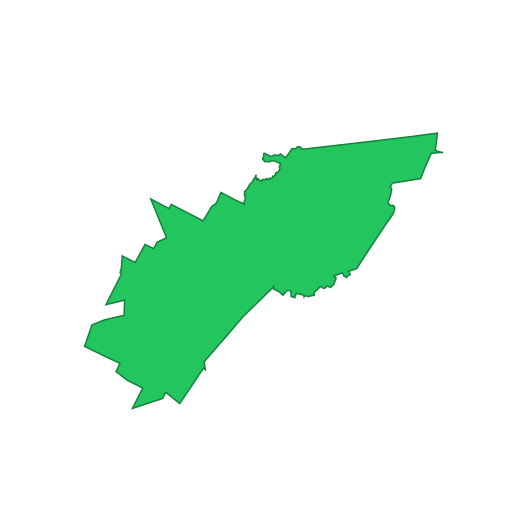 the district of Abasolo, Tamaulipas, Mexico, rotated 207°
{"feature_id": "50627088B78235434296900", "entity_name": "Abasolo", "entity_type": "district", "adm_level": 2, "iso_a3": "MEX", "parent_name": "Mexico", "parent_adm1": "Tamaulipas", "projection": "equal_earth", "projection_center": [-98.244, 24.128], "detail": "fine", "context": "isolated", "style": "filled", "palette": "green", "viewbox_px": 512, "rotation_deg": 207, "n_neighbors": 0, "source": "geoboundaries", "source_scale": "gbopen_adm2", "svg_char_len": 5457}
<svg xmlns="http://www.w3.org/2000/svg" viewBox="0 0 512 512"><g transform="rotate(207 256 256)"><path d="M150.1,447.9L173.1,432.1L180.4,427.2L234.4,391.2L263.2,372.1L263.4,372.2L263.8,372.3L264.5,372.5L265.2,373.0L265.8,373.2L266.6,373.1L266.7,372.9L267.5,372.8L267.8,372.6L268.0,372.5L268.4,372.3L268.7,371.9L268.8,371.6L268.8,371.3L268.8,371.0L268.9,370.7L269.1,370.3L269.5,369.6L270.0,369.2L270.4,369.1L271.1,368.9L271.6,368.4L272.7,368.1L273.1,364.3L274.0,357.9L274.2,356.9L278.5,357.6L280.6,358.1L281.3,356.1L281.6,355.9L285.1,354.7L285.3,354.5L286.9,352.5L287.6,351.7L287.9,351.5L294.5,351.4L294.9,351.5L295.4,351.2L295.5,351.0L295.5,350.9L295.5,350.3L295.4,350.1L295.0,349.3L294.3,348.3L294.2,348.1L294.2,347.9L294.5,346.5L294.5,346.3L294.5,346.0L294.3,345.8L293.9,345.5L293.8,345.2L292.4,344.7L292.0,344.4L291.4,344.0L291.2,344.0L290.8,344.1L290.1,344.8L289.9,344.9L286.8,345.8L286.7,345.9L285.9,347.3L285.7,347.5L283.2,349.0L280.1,349.2L276.5,349.4L276.3,349.5L276.1,349.3L275.9,349.3L275.8,347.1L275.6,347.0L275.6,346.8L275.7,346.3L275.7,346.0L275.7,345.9L275.4,345.5L275.2,345.3L274.7,345.2L274.4,344.9L274.3,344.7L274.2,344.4L274.3,343.3L274.5,342.0L274.4,341.6L274.4,341.3L274.5,340.6L274.4,340.4L274.4,340.2L274.5,340.0L274.6,339.9L274.8,339.9L275.0,339.9L275.3,339.8L275.5,339.9L276.0,339.0L276.1,338.8L276.0,338.6L276.0,338.0L275.9,337.8L275.6,337.8L275.5,337.6L275.3,337.4L275.2,337.2L275.6,336.5L275.7,336.4L275.8,336.4L275.9,336.1L276.0,335.6L276.2,335.4L276.3,335.3L276.5,335.2L276.8,335.0L277.3,334.8L277.4,334.7L277.4,334.4L277.3,334.1L277.0,333.6L277.0,333.4L277.0,333.2L277.1,332.7L277.4,332.4L277.6,332.1L277.7,331.8L278.0,331.6L278.6,331.4L278.7,331.5L278.8,331.6L279.0,331.7L279.4,331.3L279.4,331.2L279.2,330.8L279.2,330.7L279.1,330.4L279.2,330.2L279.4,330.1L279.8,329.9L280.2,329.9L280.8,329.7L281.0,329.4L281.2,329.5L281.3,329.6L281.3,329.8L281.5,329.9L281.7,329.7L281.7,329.4L281.7,329.2L281.8,329.1L282.2,328.8L282.4,328.6L282.5,328.4L282.7,328.2L282.9,328.0L283.2,327.8L283.3,327.7L283.5,327.5L283.5,327.3L283.8,327.4L284.0,327.5L284.4,327.4L284.6,327.3L284.8,327.0L285.1,326.5L285.2,326.4L285.2,325.7L285.3,325.6L285.5,325.4L285.7,325.2L286.0,325.0L286.3,324.9L286.6,325.0L286.8,325.0L287.2,325.0L287.5,325.2L287.8,325.2L288.1,325.3L288.3,325.3L288.7,325.6L289.1,325.6L289.5,325.7L289.7,324.5L289.8,324.6L290.0,324.6L290.3,325.2L290.6,325.5L291.9,326.2L292.1,326.5L292.6,327.8L292.7,327.7L292.8,327.5L292.8,327.3L292.4,325.0L292.4,324.8L292.4,324.6L292.6,324.4L293.0,324.1L293.1,323.9L292.9,321.2L292.9,320.8L293.0,319.9L293.1,319.5L293.9,317.8L294.0,317.4L294.3,311.7L295.4,308.5L295.5,308.3L295.4,308.2L294.4,306.5L294.3,306.3L294.3,306.1L294.4,305.6L294.4,305.3L294.3,305.2L294.2,305.1L293.9,305.0L293.7,305.1L293.4,305.0L293.3,304.9L291.4,301.9L291.4,301.7L291.1,299.8L291.1,299.5L291.2,298.4L291.1,298.1L291.0,297.9L290.7,297.4L290.5,297.1L290.2,296.9L297.7,296.6L302.0,296.5L316.1,296.7L315.8,292.6L315.3,285.3L318.0,279.9L319.1,263.3L355.0,263.5L355.1,258.8L375.6,259.0L347.9,235.0L344.0,231.7L350.4,223.4L350.4,216.1L352.3,216.1L360.1,216.0L360.7,195.4L375.2,195.3L370.0,183.0L370.4,181.9L370.1,181.6L369.8,181.4L369.8,180.7L369.7,180.5L369.6,180.3L369.5,180.1L369.5,179.8L369.6,179.6L369.6,179.4L369.4,179.3L369.2,179.4L369.0,179.5L368.9,179.6L368.7,179.7L368.4,179.5L368.4,179.4L368.2,179.1L368.1,178.9L367.9,178.9L367.8,178.6L367.7,178.6L367.6,144.5L353.0,157.0L346.6,143.2L349.9,140.5L361.9,130.4L370.9,120.2L367.7,97.6L341.2,98.1L328.5,98.6L328.2,89.5L314.1,86.7L312.8,86.8L297.0,86.9L296.9,64.1L291.8,69.3L285.3,75.8L280.1,81.1L274.9,86.3L274.5,86.7L274.6,90.9L274.6,93.6L268.2,92.3L268.0,92.2L257.0,89.9L255.5,101.8L254.7,108.3L254.6,109.0L252.8,125.2L251.9,132.2L249.6,131.7L252.4,135.8L254.2,138.3L246.1,170.6L242.5,185.7L239.8,196.7L238.6,200.2L231.6,220.8L226.3,236.6L226.0,235.2L225.7,234.7L225.2,234.6L220.0,234.7L219.2,234.6L214.8,233.4L214.4,233.4L214.1,233.5L213.9,233.7L213.8,234.0L213.0,238.7L212.8,239.1L212.6,239.3L210.1,240.6L209.5,240.7L209.0,240.5L208.7,240.1L206.5,236.1L206.3,235.9L206.0,235.8L205.6,235.9L202.5,236.5L202.6,236.9L203.2,241.1L195.5,242.8L194.7,241.5L194.6,241.3L194.0,242.7L193.8,243.0L193.5,243.2L191.1,243.6L190.7,243.8L190.0,244.3L189.9,244.7L186.3,247.4L186.2,247.7L187.1,248.7L187.5,249.5L187.6,249.8L187.5,250.0L186.6,252.8L186.4,253.3L186.0,254.2L186.0,254.5L184.8,257.8L184.2,258.2L183.8,258.3L182.4,257.9L181.2,257.8L180.7,258.0L180.0,259.0L179.6,259.8L179.2,260.9L178.8,261.5L178.5,261.7L178.1,261.8L177.9,261.7L177.5,261.7L176.4,261.7L175.1,261.9L175.1,262.8L174.0,265.1L174.2,269.6L174.3,271.4L174.8,272.9L176.8,273.1L177.2,273.1L177.4,273.7L172.4,279.1L171.6,279.8L171.2,279.7L171.0,280.0L169.3,278.8L168.5,278.0L165.4,278.0L164.9,281.1L163.6,281.9L165.6,284.2L166.5,284.5L160.6,290.3L159.5,301.0L159.5,301.4L157.1,322.6L156.2,330.1L154.7,343.6L153.6,350.2L153.1,354.8L153.1,356.3L153.4,359.2L153.9,360.9L154.4,361.8L154.8,362.3L155.2,362.8L155.7,363.1L156.3,363.2L157.0,363.2L157.6,363.1L157.8,363.0L158.4,362.7L159.0,362.1L159.4,361.9L159.8,362.0L160.6,362.4L161.4,362.8L161.9,363.2L162.8,364.2L163.1,364.9L163.1,365.5L162.9,366.8L163.1,367.4L163.3,369.1L163.9,372.1L165.1,376.2L165.9,377.7L166.6,378.1L167.1,378.5L168.0,378.7L167.9,379.0L167.4,383.1L165.1,384.6L144.5,399.6L145.6,411.4L145.7,413.0L146.1,420.4L146.3,424.4L146.4,427.1L141.3,430.3L136.4,433.2L141.1,431.7L144.4,431.8L150.1,447.9Z" fill="#22c55e" stroke="#15803d" stroke-width="1.5"/></g></svg>